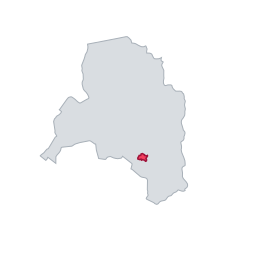 Aweil South, Northern Bahr el Ghazal, South Sudan (highlighted), rotated 218°
{"feature_id": "79223893B68307976822083", "entity_name": "Aweil South", "entity_type": "district", "adm_level": 2, "iso_a3": "SSD", "parent_name": "South Sudan", "parent_adm1": "Northern Bahr el Ghazal", "projection": "natural_earth1", "projection_center": [27.717, 8.666], "detail": "fine", "context": "in_parent", "style": "filled", "palette": "rose", "viewbox_px": 256, "rotation_deg": 218, "n_neighbors": 0, "source": "geoboundaries", "source_scale": "gbopen_adm2", "svg_char_len": 3903}
<svg xmlns="http://www.w3.org/2000/svg" viewBox="0 0 256 256"><g transform="rotate(218 128 128)"><path d="M192.1,191.4L186.0,198.5L185.6,198.9L184.8,199.5L182.4,199.5L179.8,199.1L177.4,197.3L175.0,198.7L173.5,199.2L172.6,199.3L170.5,199.6L167.5,200.3L166.1,201.3L165.4,202.0L164.8,203.4L164.5,203.6L163.9,203.4L163.2,202.9L161.6,202.0L160.8,200.3L160.0,199.2L159.4,198.6L156.9,200.4L155.6,200.8L154.6,200.8L152.8,199.8L150.7,198.9L149.7,198.9L148.1,200.0L146.3,201.6L145.4,203.1L145.0,204.1L144.3,202.6L143.7,201.8L142.9,201.4L141.2,201.8L140.8,201.3L140.7,200.0L140.4,198.9L140.0,198.1L138.7,197.2L135.3,195.5L132.7,192.1L131.4,190.5L130.4,189.5L129.0,186.8L127.5,185.0L125.6,184.1L124.4,184.6L123.1,186.5L120.7,188.4L119.6,188.5L118.2,187.4L116.4,186.7L113.2,186.4L111.9,187.3L110.2,188.7L108.7,189.6L107.8,189.7L107.0,189.3L106.0,189.1L105.2,189.1L103.5,187.8L102.6,186.9L102.0,185.9L101.0,185.3L99.9,184.8L99.1,184.0L98.7,183.0L98.1,181.7L97.2,180.5L94.6,178.4L93.9,177.1L93.3,175.9L92.2,174.6L91.1,172.8L90.7,170.1L90.7,168.0L90.5,167.0L90.0,166.0L89.4,165.2L88.5,164.3L86.4,162.9L84.2,161.3L83.1,160.4L81.2,160.1L80.0,159.2L79.0,157.2L78.6,155.6L77.5,154.4L77.1,153.5L76.9,152.5L77.7,149.3L76.5,148.2L74.8,146.8L73.5,145.2L72.8,143.7L70.6,141.8L65.7,139.0L63.0,137.2L61.4,135.5L60.1,133.9L60.0,133.3L60.8,131.7L61.0,130.3L60.3,128.9L57.4,126.2L55.1,123.1L53.3,122.2L49.1,121.4L47.9,121.0L46.6,120.5L45.4,119.1L45.0,117.5L45.6,114.9L45.2,114.2L44.5,113.9L44.7,113.4L45.5,112.2L46.8,111.4L50.3,110.1L50.5,109.6L50.5,108.0L50.8,107.2L52.0,105.0L52.2,104.1L52.3,102.2L52.4,101.3L52.8,100.7L53.7,99.6L54.1,98.9L54.2,97.5L54.1,94.6L54.6,93.5L56.8,90.9L57.4,89.7L57.6,88.7L57.6,87.6L57.7,86.6L58.3,85.6L58.9,85.3L60.5,84.9L61.6,85.1L69.3,83.4L70.2,83.6L70.6,84.7L70.6,86.3L70.7,87.2L71.1,87.7L72.3,88.5L73.2,89.9L73.6,90.4L74.8,91.3L80.6,99.0L82.2,99.7L83.7,99.4L86.8,97.8L88.4,97.4L99.3,97.9L100.5,97.6L102.2,101.5L103.0,102.4L114.9,102.4L114.7,101.3L114.8,100.1L116.9,97.8L117.2,97.5L119.1,96.4L120.9,95.6L124.3,94.7L125.6,93.3L126.3,92.1L126.3,89.6L126.8,89.1L127.6,88.6L131.6,86.3L132.3,85.9L139.3,91.1L143.3,95.2L143.5,95.4L143.8,95.4L144.0,95.3L144.1,95.1L144.6,94.9L146.3,94.9L149.5,94.7L150.6,94.2L157.0,86.8L158.6,84.5L159.0,84.0L160.0,82.3L160.9,79.5L161.1,79.1L168.2,72.2L168.4,71.7L168.5,71.3L167.4,68.9L167.2,67.8L167.1,66.0L167.3,63.1L167.2,61.3L167.1,60.9L163.1,55.7L173.1,55.6L173.1,55.0L173.0,54.8L172.8,54.2L172.7,53.4L172.7,52.9L172.8,52.5L172.8,52.3L172.8,52.1L172.8,51.9L180.0,52.0L179.9,53.5L179.0,56.8L179.0,58.9L178.9,61.2L178.6,61.9L178.2,62.4L178.1,62.7L178.1,62.9L179.7,75.9L179.6,76.4L179.2,77.2L179.1,77.5L179.2,77.8L182.5,79.2L182.7,79.3L182.8,79.4L184.0,81.1L190.5,87.2L190.7,87.5L191.4,89.5L191.5,89.7L191.5,90.2L191.5,90.6L191.3,91.7L191.4,92.2L191.5,92.6L191.6,93.0L191.5,93.4L190.6,95.6L190.3,97.2L190.2,98.5L190.3,99.3L190.4,99.8L190.5,100.0L193.4,100.1L193.3,100.8L193.8,112.4L193.8,113.8L193.7,115.4L193.3,116.0L192.6,117.0L191.6,117.8L189.0,118.0L186.9,118.0L185.4,117.8L183.4,117.7L181.5,117.9L180.8,118.6L178.3,124.8L177.5,126.4L177.3,127.3L177.5,127.8L178.5,128.6L180.7,129.7L183.2,130.4L185.1,130.6L186.3,130.9L187.3,131.3L190.9,134.1L192.0,135.4L192.6,136.6L192.8,137.8L193.3,139.0L196.6,142.9L199.6,144.7L200.8,146.8L202.0,147.8L203.1,148.9L203.6,150.5L205.0,155.2L205.9,157.6L206.8,159.6L207.2,162.8L207.9,164.3L208.7,166.1L209.9,167.7L211.3,168.9L211.5,169.2L198.2,184.4L192.1,191.4Z" fill="#d9dde1" stroke="#a8b0b8" stroke-width="1"/><path d="M100.8,116.8L101.7,115.7L101.1,114.2L102.3,113.3L101.8,110.3L101.0,109.6L99.1,110.4L99.1,111.0L98.3,111.7L97.9,111.7L98.0,111.2L97.5,111.0L96.9,112.1L95.1,112.8L94.3,112.7L93.8,112.5L93.4,112.9L93.3,113.6L94.1,114.7L95.0,114.9L95.4,116.6L95.2,116.9L95.4,118.0L95.8,118.3L96.3,117.3L97.6,117.0L97.9,116.6L98.2,116.6L98.8,117.1L99.4,116.9L100.8,116.8Z" fill="#f43f5e" stroke="#9f1239" stroke-width="1.5"/></g></svg>